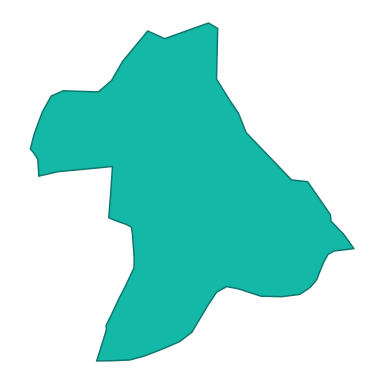 Um Dukhun, Central Darfur, Sudan (Albers equal-area conic projection)
{"feature_id": "16777658B96624341658613", "entity_name": "Um Dukhun", "entity_type": "district", "adm_level": 2, "iso_a3": "SDN", "parent_name": "Sudan", "parent_adm1": "Central Darfur", "projection": "albers", "projection_center": [23.084, 11.374], "detail": "fine", "context": "isolated", "style": "filled", "palette": "teal", "viewbox_px": 384, "rotation_deg": 0, "n_neighbors": 0, "source": "geoboundaries", "source_scale": "gbopen_adm2", "svg_char_len": 1304}
<svg xmlns="http://www.w3.org/2000/svg" viewBox="0 0 384 384"><path d="M30.3,148.9L33.4,152.5L37.7,159.0L37.9,159.7L38.8,176.1L48.8,173.8L57.8,171.7L112.2,166.5L112.5,166.5L110.4,197.7L110.2,198.9L108.8,217.6L111.6,219.0L119.3,222.0L125.6,224.1L131.5,227.1L131.7,229.6L132.4,233.3L133.8,252.3L134.2,259.0L134.0,268.3L132.6,270.8L128.6,279.4L124.7,287.5L118.3,299.9L112.9,311.7L106.3,325.1L106.1,327.2L106.5,329.5L106.3,330.2L96.7,361.0L97.3,361.0L97.5,361.0L98.5,360.9L106.8,360.8L114.7,360.6L117.1,360.5L129.7,360.0L144.0,356.1L149.9,353.9L159.4,350.2L161.8,349.2L168.7,346.4L180.1,341.3L184.7,337.7L191.8,332.3L196.5,324.4L200.6,317.5L203.3,313.0L204.7,310.7L207.9,305.3L208.9,303.7L210.4,301.6L213.6,296.7L216.6,292.2L226.7,286.6L238.3,288.8L261.0,296.2L269.3,296.4L281.5,296.7L299.8,294.4L309.0,288.2L310.1,287.3L311.8,285.5L314.6,282.3L316.4,279.9L317.1,278.7L319.7,271.9L322.2,265.8L323.8,262.0L324.6,260.5L327.9,254.5L333.9,251.0L349.4,249.2L353.7,248.6L353.4,248.0L348.1,240.5L343.5,234.1L331.0,221.1L330.4,214.7L307.6,181.7L291.5,179.9L270.3,157.8L246.1,132.6L238.4,113.1L229.8,100.5L216.5,79.0L217.7,28.5L208.5,23.0L164.6,38.7L147.7,31.0L122.6,61.4L111.5,80.6L98.4,91.9L63.1,90.8L51.3,96.0L42.4,111.9L34.2,133.9L31.2,145.8L30.3,148.9Z" fill="#14b8a6" stroke="#0f766e" stroke-width="1.5"/></svg>